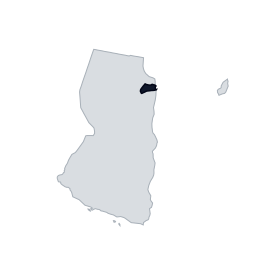 location of Qishn, Al Mahrah, Yemen, rotated 299°
{"feature_id": "15242507B46563890594581", "entity_name": "Qishn", "entity_type": "district", "adm_level": 2, "iso_a3": "YEM", "parent_name": "Yemen", "parent_adm1": "Al Mahrah", "projection": "equal_earth", "projection_center": [51.542, 15.673], "detail": "fine", "context": "in_parent", "style": "filled", "palette": "ink", "viewbox_px": 256, "rotation_deg": 299, "n_neighbors": 0, "source": "geoboundaries", "source_scale": "gbopen_adm2", "svg_char_len": 4601}
<svg xmlns="http://www.w3.org/2000/svg" viewBox="0 0 256 256"><g transform="rotate(299 128 128)"><path d="M197.0,107.5L189.4,111.1L187.4,112.7L185.6,114.7L184.2,117.2L183.2,121.6L184.0,125.6L183.9,127.7L181.9,129.2L180.1,130.2L178.0,131.8L176.8,132.1L175.8,133.4L174.6,134.3L170.3,136.5L165.6,138.3L158.2,140.4L155.3,142.6L152.7,144.2L148.8,144.7L143.3,146.8L140.3,148.6L136.5,151.4L135.7,152.3L135.0,154.3L133.8,156.1L131.6,159.1L129.9,160.6L128.7,160.7L126.5,161.5L123.9,161.7L119.5,160.6L118.4,161.4L117.5,162.5L114.1,164.5L110.6,168.6L108.1,169.6L104.0,170.9L101.1,172.6L99.2,173.3L96.7,173.6L92.2,173.4L87.9,174.0L83.8,175.2L81.9,177.3L79.8,180.8L76.3,182.2L75.4,183.4L74.3,185.9L72.0,186.6L70.0,187.0L67.9,185.9L63.9,188.9L62.4,189.4L60.1,189.6L58.5,190.2L57.3,190.0L55.9,188.8L52.8,187.4L50.6,188.3L50.4,185.4L46.8,176.7L47.7,169.0L47.7,167.9L47.0,164.5L44.8,161.4L44.9,157.4L44.2,154.6L43.7,151.7L43.9,150.9L43.9,150.3L42.9,145.8L42.5,144.9L42.4,143.9L42.8,143.2L42.8,142.4L42.2,141.0L41.6,138.4L38.6,136.4L39.2,134.5L39.8,135.1L40.6,135.7L40.8,134.5L40.8,133.5L39.6,127.8L41.6,120.1L41.1,113.1L44.0,110.3L44.7,109.5L45.1,108.8L45.8,107.2L46.8,106.7L47.1,105.0L47.1,104.2L46.5,103.5L46.1,101.5L46.3,99.1L46.4,98.0L46.8,96.2L47.8,95.5L48.0,94.9L47.3,93.7L47.4,93.0L49.1,91.1L49.7,90.5L50.8,89.9L51.7,89.9L52.7,90.2L53.5,90.8L54.4,91.8L55.3,92.9L56.6,93.3L57.6,93.2L58.3,93.7L59.0,93.5L59.7,92.9L60.9,92.9L62.0,92.2L65.0,91.9L67.9,92.1L70.9,91.6L73.9,91.6L77.0,91.7L77.6,91.7L78.3,92.1L80.9,93.8L82.8,94.2L86.7,94.7L90.9,95.2L94.5,95.6L97.6,95.2L100.1,94.9L100.8,94.9L101.6,96.0L103.1,98.7L104.5,101.3L107.1,101.4L108.7,100.5L110.5,99.1L111.6,98.1L112.9,93.9L113.7,91.2L115.6,88.2L117.2,85.7L119.3,82.3L120.5,80.5L122.8,76.9L125.0,75.4L129.2,72.7L133.3,70.0L136.0,68.2L138.2,67.4L142.0,66.8L146.5,65.9L151.0,65.1L155.8,64.3L161.1,63.3L164.7,62.7L169.4,61.8L173.2,61.1L176.7,60.5L180.2,59.9L180.9,61.9L181.5,63.9L182.2,65.9L182.9,67.9L183.5,70.0L184.2,72.0L184.9,74.0L185.6,76.0L186.2,78.1L186.9,80.1L187.6,82.1L188.2,84.1L188.9,86.2L189.6,88.2L190.3,90.2L190.9,92.3L191.6,94.2L192.7,94.9L193.3,96.8L194.2,99.5L195.2,102.1L196.1,104.8L197.0,107.5ZM207.6,189.6L208.5,189.9L210.0,189.1L214.1,189.0L219.0,191.3L218.1,191.9L217.5,192.8L215.4,193.5L213.2,195.3L206.9,196.1L205.1,195.7L203.6,194.0L200.7,191.7L201.9,190.3L202.1,189.7L202.5,189.1L204.1,188.0L205.7,188.2L207.6,189.6ZM40.2,162.2L40.0,162.6L39.7,162.5L38.8,161.5L39.9,160.2L40.4,161.4L40.2,162.2ZM37.6,134.9L37.1,135.4L37.0,134.6L37.3,132.8L37.8,132.3L38.1,133.6L37.9,134.3L37.6,134.9ZM39.7,167.7L38.7,168.3L39.4,166.7L40.1,166.3L40.3,166.4L39.7,167.7Z" fill="#d9dde1" stroke="#a8b0b8" stroke-width="1"/><path d="M164.9,123.2L165.0,123.3L166.4,124.3L167.7,125.3L168.2,125.6L169.3,126.4L169.4,126.5L169.6,126.8L170.2,127.6L170.4,127.9L170.6,128.2L171.7,129.7L172.1,130.2L172.9,131.5L173.4,132.3L173.6,132.6L174.0,133.0L174.3,133.4L174.5,133.5L174.9,133.9L175.0,134.1L175.2,134.3L175.3,134.3L175.4,134.2L175.5,134.2L175.4,134.1L175.2,134.0L175.1,133.9L175.1,133.7L175.1,133.4L175.2,133.2L175.3,133.0L175.5,132.9L175.7,132.7L175.9,132.6L176.1,132.5L176.2,132.4L176.4,132.4L176.6,132.2L176.8,132.1L177.0,132.0L177.6,131.8L177.8,131.7L178.0,131.8L178.1,132.0L178.3,132.1L178.4,131.9L178.3,131.7L178.3,131.4L178.4,131.2L178.5,131.2L178.5,130.9L178.4,130.7L178.4,130.4L178.3,130.2L178.2,129.9L178.3,129.8L178.2,129.7L178.2,129.4L178.2,129.2L178.1,128.9L178.1,128.7L178.0,128.4L178.0,128.2L177.9,128.1L177.8,127.9L177.7,127.8L177.6,127.7L177.4,127.6L177.2,127.5L176.9,127.5L176.8,127.4L176.7,127.4L176.6,127.2L176.5,126.9L176.4,126.8L176.4,126.7L176.2,126.5L176.2,126.4L176.1,126.2L175.9,126.0L175.9,125.9L175.7,125.7L175.6,125.4L175.5,125.2L175.5,124.9L175.5,124.7L175.5,124.4L175.4,124.3L175.3,124.2L175.2,124.1L175.2,123.9L175.1,123.7L175.1,123.4L175.0,123.2L175.0,122.9L174.9,122.8L174.9,122.7L174.9,122.4L174.9,122.2L174.9,121.9L174.9,121.7L174.7,121.6L174.4,121.5L174.2,121.5L174.2,121.4L173.9,121.4L173.7,121.4L173.4,121.3L173.2,121.3L173.1,121.2L172.9,121.2L172.7,121.2L172.4,121.1L172.2,121.1L171.9,121.0L171.7,121.0L171.4,121.0L171.4,120.9L171.2,120.9L170.9,120.9L170.7,120.8L170.4,120.8L170.3,120.7L170.2,120.7L169.9,120.7L169.7,120.7L169.4,120.6L169.2,120.6L168.9,120.6L168.7,120.5L168.4,120.5L168.2,120.5L167.9,120.5L167.7,120.5L167.4,120.6L167.2,120.6L166.9,120.7L166.8,120.8L166.7,120.8L166.4,121.0L166.2,121.1L166.0,121.3L165.9,121.3L165.8,121.5L165.7,121.6L165.6,121.8L165.5,122.0L165.4,122.1L165.3,122.3L165.2,122.5L165.1,122.8L165.0,123.0L164.9,123.0L164.9,123.2Z" fill="#0f172a" stroke="#020617" stroke-width="1.5"/></g></svg>